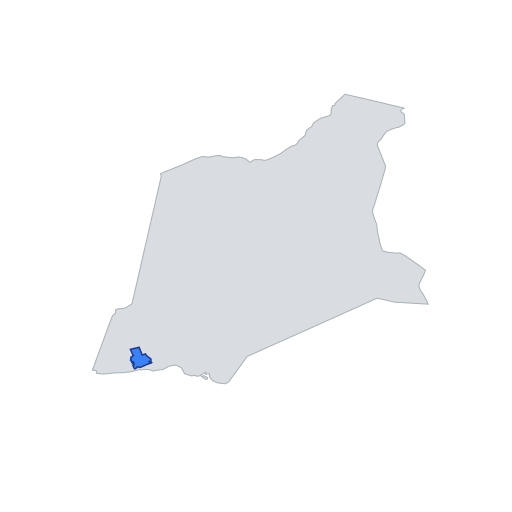 Ganze, Coast, Kenya shown in context, rotated 66°
{"feature_id": "3690345B60815732971252", "entity_name": "Ganze", "entity_type": "district", "adm_level": 2, "iso_a3": "KEN", "parent_name": "Kenya", "parent_adm1": "Coast", "projection": "equal_earth", "projection_center": [39.55, -3.436], "detail": "fine", "context": "in_parent", "style": "filled", "palette": "blue", "viewbox_px": 512, "rotation_deg": 66, "n_neighbors": 0, "source": "geoboundaries", "source_scale": "gbopen_adm2", "svg_char_len": 5034}
<svg xmlns="http://www.w3.org/2000/svg" viewBox="0 0 512 512"><g transform="rotate(66 256 256)"><path d="M142.1,309.9L142.0,303.4L142.7,286.7L142.6,272.0L143.2,264.7L145.9,260.0L147.2,256.6L148.0,251.9L149.5,248.1L152.6,244.9L153.2,243.2L156.6,238.0L158.6,231.3L160.2,229.0L162.1,226.9L163.4,225.7L165.6,224.6L167.4,224.0L167.7,223.5L167.8,222.4L167.3,218.2L168.0,216.8L169.2,214.1L170.5,211.5L171.8,209.8L172.5,208.1L172.8,205.2L172.8,203.1L172.8,199.7L172.4,192.0L171.0,185.5L170.1,178.3L170.8,175.9L169.7,171.7L169.1,171.5L168.2,170.6L167.0,166.6L166.1,162.9L165.6,162.0L161.8,158.8L159.9,151.3L157.8,149.6L156.6,142.2L156.4,140.1L157.6,132.6L157.5,130.9L156.2,129.3L152.6,127.7L149.7,124.7L150.1,123.6L150.3,122.5L148.8,121.7L144.4,109.0L150.1,101.4L155.9,93.6L163.4,83.8L170.2,74.9L176.1,67.1L181.4,60.2L181.2,61.5L181.2,63.2L181.9,64.3L183.0,65.0L184.5,64.3L185.8,63.2L187.1,63.0L194.9,65.8L196.2,68.4L196.2,71.1L196.5,73.0L195.9,75.0L195.2,81.0L195.4,86.4L197.7,90.5L199.9,93.7L201.5,98.1L202.8,99.5L204.5,100.2L209.9,100.4L217.9,100.7L225.6,101.0L226.3,101.1L228.0,101.7L235.1,107.7L241.6,113.2L247.1,118.0L252.4,122.7L257.6,127.2L261.6,131.0L265.6,132.1L272.0,132.7L276.5,132.9L280.6,134.4L286.8,135.9L291.4,136.7L294.1,137.5L301.8,138.4L303.1,137.9L306.5,133.7L310.3,126.9L311.7,123.2L316.6,119.5L325.3,114.3L331.3,110.7L338.1,107.0L341.1,110.2L345.4,115.3L347.3,117.8L348.8,118.9L351.1,119.7L353.9,119.7L355.4,119.6L358.5,118.9L365.8,118.3L370.0,118.3L366.5,125.1L362.3,133.2L354.5,148.2L348.6,156.0L344.2,162.0L343.8,163.1L343.8,169.7L343.9,185.9L344.0,218.3L344.1,250.8L344.1,283.2L344.2,299.4L344.2,304.9L348.1,311.7L352.0,318.3L357.0,327.1L359.7,331.9L360.2,333.4L360.0,336.6L355.9,343.2L352.4,346.2L347.9,347.6L346.5,347.4L344.7,346.4L344.0,348.0L343.4,350.5L342.4,350.0L341.7,349.2L342.1,353.6L342.6,355.8L341.9,358.7L339.7,361.3L339.5,363.4L334.6,369.1L327.8,369.7L324.2,372.5L322.6,374.8L321.4,379.8L321.8,387.5L319.9,393.5L319.5,396.4L316.0,400.3L314.4,403.8L313.3,407.4L312.3,409.0L311.1,417.0L309.4,421.9L309.0,423.5L308.6,425.0L307.3,427.8L306.5,429.8L305.9,431.1L301.7,443.6L298.5,449.3L295.9,448.6L294.2,450.8L294.0,451.8L293.1,451.3L291.0,449.2L286.6,445.0L282.2,440.7L277.9,436.5L273.5,432.2L269.1,428.0L264.7,423.7L260.3,419.5L255.9,415.2L253.4,412.7L252.2,411.3L251.3,408.3L250.9,407.6L249.7,406.7L248.4,406.5L248.0,405.9L248.0,404.5L248.5,402.5L250.1,398.5L250.2,396.3L249.9,393.7L249.4,389.5L249.0,388.5L246.1,386.4L240.0,381.8L233.9,377.2L227.8,372.6L221.7,368.0L215.6,363.5L209.5,358.9L203.4,354.3L197.4,349.7L191.3,345.2L185.2,340.6L179.1,336.0L173.0,331.4L166.9,326.8L160.8,322.3L154.7,317.7L148.6,313.1L146.3,311.4L144.3,309.9L142.1,309.9ZM344.6,354.4L343.6,354.8L344.1,352.5L347.3,349.7L348.5,350.4L348.8,351.0L348.7,351.6L348.2,352.2L344.6,354.4Z" fill="#d9dde1" stroke="#a8b0b8" stroke-width="1"/><path d="M308.1,394.2L307.4,393.9L302.1,396.7L300.5,396.7L300.1,400.2L291.9,399.9L291.9,400.0L291.8,400.3L291.8,400.6L291.7,400.6L291.7,401.0L291.6,401.3L291.2,403.3L291.2,403.6L291.1,403.8L291.0,404.3L290.9,405.2L290.8,405.3L290.8,405.5L290.7,406.0L290.2,408.7L292.7,408.7L294.8,408.7L295.5,408.7L295.8,408.7L296.1,408.7L296.3,408.7L296.5,408.6L296.8,408.5L296.8,408.8L296.8,409.0L297.0,409.2L297.0,409.3L297.2,409.5L297.3,409.5L297.5,409.6L297.6,409.8L297.6,410.0L297.6,410.3L297.6,410.5L297.6,410.8L297.5,411.1L297.5,411.3L297.8,411.4L297.8,411.5L298.1,411.7L298.2,411.8L298.5,411.9L298.6,412.0L298.8,412.0L299.0,412.1L299.2,412.3L299.3,412.3L299.5,412.3L299.6,412.5L299.8,412.7L299.9,412.8L300.0,412.9L300.1,413.0L300.2,412.9L300.3,412.8L300.3,412.7L300.5,412.4L300.8,412.4L301.0,412.4L301.3,412.5L301.5,412.6L301.8,412.7L302.0,412.7L302.1,412.8L302.3,412.8L302.6,412.8L302.7,412.7L302.7,412.3L302.7,412.0L302.7,411.9L302.7,411.1L302.8,411.0L303.0,411.1L303.1,411.3L303.3,411.3L303.5,411.4L303.5,411.5L303.4,411.6L303.3,411.8L303.4,412.0L303.5,411.9L303.6,412.0L303.6,411.9L303.8,411.8L304.0,411.8L303.9,412.0L304.0,412.1L304.1,412.3L304.3,412.3L304.4,412.2L304.5,412.0L304.6,411.9L304.6,411.7L304.8,411.7L304.8,411.8L304.9,412.0L305.0,412.0L305.1,411.9L305.1,411.7L305.3,411.6L305.3,411.4L305.5,411.5L305.5,411.8L305.4,411.9L305.4,412.0L305.5,412.1L305.7,411.9L305.8,412.3L305.9,412.8L305.9,413.0L306.0,413.1L306.3,413.0L306.4,412.9L306.5,412.9L306.8,412.9L307.0,412.9L308.9,412.9L309.5,412.9L309.6,412.7L309.8,412.6L309.9,412.4L309.8,412.0L309.6,410.5L309.5,410.2L309.2,410.0L309.2,409.6L309.2,409.4L309.0,409.2L310.4,407.7L310.6,407.1L310.7,406.8L310.7,406.6L310.7,406.4L310.7,406.1L310.7,405.2L310.8,403.1L310.8,402.5L310.8,401.8L310.8,401.3L310.8,401.2L310.6,400.3L310.6,400.2L310.6,399.7L310.8,399.1L310.7,399.1L310.7,398.9L310.8,398.8L310.8,398.7L310.8,398.4L310.8,398.1L310.8,397.9L310.7,397.8L310.7,397.7L310.8,397.4L310.8,397.2L310.9,396.8L311.0,396.7L311.0,396.4L311.1,396.1L311.1,395.9L311.2,395.7L311.0,394.8L310.6,395.2L310.2,395.7L310.0,395.9L309.7,396.3L309.3,396.3L309.1,396.4L308.9,396.5L309.4,394.7L308.1,394.2Z" fill="#3b82f6" stroke="#1e3a8a" stroke-width="1.5"/></g></svg>